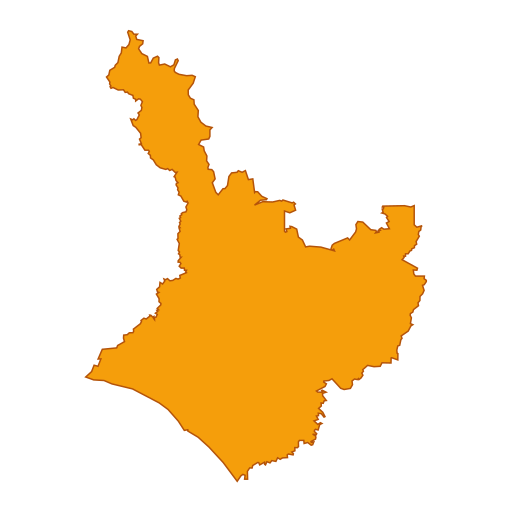 outline of Whanganui District, Manawatu-Wanganui, New Zealand
{"feature_id": "76426892B60533113586032", "entity_name": "Whanganui District", "entity_type": "district", "adm_level": 2, "iso_a3": "NZL", "parent_name": "New Zealand", "parent_adm1": "Manawatu-Wanganui", "projection": "robinson", "projection_center": [175.119, -39.636], "detail": "fine", "context": "isolated", "style": "filled", "palette": "amber", "viewbox_px": 512, "rotation_deg": 0, "n_neighbors": 0, "source": "geoboundaries", "source_scale": "gbopen_adm2", "svg_char_len": 6060}
<svg xmlns="http://www.w3.org/2000/svg" viewBox="0 0 512 512"><path d="M135.8,127.3L140.6,133.3L141.1,137.7L139.5,139.1L141.4,143.7L139.1,144.2L139.2,144.8L141.2,144.6L144.9,150.2L148.4,150.2L149.3,151.4L148.2,153.5L150.4,155.4L150.5,157.9L153.3,159.9L156.3,164.8L160.2,167.8L165.8,169.4L167.7,168.6L169.7,170.5L172.1,169.4L175.3,172.5L177.0,172.2L174.1,176.7L175.2,177.2L176.0,180.5L178.0,182.7L176.4,183.4L176.1,184.9L178.0,187.9L177.6,189.7L179.1,192.2L178.3,194.8L180.8,196.0L183.8,201.2L186.4,202.1L187.1,201.3L188.1,203.0L185.9,207.0L186.8,209.7L186.0,211.8L182.6,212.6L181.3,213.7L181.7,214.8L179.9,216.0L180.6,217.6L179.3,218.3L180.8,221.2L179.5,222.5L180.2,224.0L178.9,226.4L180.0,227.7L179.0,227.9L180.1,231.4L177.9,233.7L178.0,238.6L177.1,239.3L179.3,243.5L178.2,250.5L179.5,252.0L178.5,253.8L179.8,254.7L180.2,257.4L181.1,257.3L178.2,260.7L178.1,262.1L180.1,262.3L180.9,263.6L179.2,266.2L181.1,268.1L184.3,268.1L184.5,270.3L186.5,270.3L185.7,272.0L186.4,272.7L179.8,275.4L180.3,278.0L178.1,279.1L175.9,278.4L172.8,280.4L169.9,280.8L167.5,278.6L165.5,279.7L164.0,279.0L164.7,281.1L162.6,284.0L160.0,282.4L159.6,286.8L156.7,289.4L157.5,291.9L158.9,292.4L156.4,294.1L159.1,298.7L159.0,301.7L160.9,303.4L160.8,304.9L157.2,308.4L158.6,309.8L156.8,310.3L157.7,311.5L155.4,313.2L157.3,314.4L156.0,317.2L154.4,317.2L154.5,319.6L153.5,318.3L153.7,316.6L152.9,317.2L150.8,315.2L149.7,315.1L150.0,316.0L146.2,319.0L143.9,318.2L141.0,320.5L141.5,321.6L140.3,323.8L133.4,329.1L133.7,331.3L132.9,332.7L129.3,332.8L127.2,334.7L123.7,335.1L123.5,338.2L124.5,341.6L117.6,345.5L116.7,347.9L102.3,349.3L98.1,359.0L100.9,358.9L98.0,366.3L94.1,365.2L91.6,371.6L85.7,377.0L93.7,379.9L104.0,380.5L111.9,383.9L132.5,388.9L159.2,402.9L168.1,409.5L178.3,421.1L184.3,430.4L188.4,429.6L187.5,430.3L187.9,431.1L198.1,437.2L209.0,447.1L223.2,462.5L237.2,481.3L240.9,475.8L242.9,474.4L245.1,475.3L244.6,479.2L247.6,479.2L247.4,471.3L249.7,467.9L252.1,468.0L252.7,465.5L257.7,462.5L258.7,462.6L259.7,464.9L264.5,462.2L264.6,464.3L265.5,464.9L266.9,461.7L270.0,462.9L271.8,460.6L275.9,461.4L277.6,457.8L280.2,459.3L282.5,457.9L287.5,457.6L287.2,454.9L288.4,454.0L293.1,454.9L293.4,453.8L291.8,452.0L294.9,450.8L294.8,447.6L297.3,447.7L298.5,446.6L298.4,441.9L299.4,440.4L303.8,440.4L304.1,443.5L307.7,442.5L311.2,445.2L312.7,444.7L313.8,441.9L311.3,442.4L311.0,441.5L315.5,439.1L315.9,437.4L315.5,435.9L312.6,434.1L316.2,434.7L316.7,433.7L314.4,431.5L314.5,430.3L315.5,429.3L318.1,430.0L319.7,424.6L321.9,423.5L320.4,422.7L317.8,424.4L314.0,420.9L318.2,419.4L316.4,416.0L318.5,415.6L318.3,413.2L321.3,413.7L324.0,417.1L325.0,416.6L322.8,412.3L318.6,408.4L321.3,406.0L321.1,403.0L323.2,403.3L324.2,400.8L326.3,400.5L322.7,395.8L322.5,393.4L326.1,392.2L322.2,390.2L321.6,390.6L322.4,391.7L321.6,392.2L317.7,392.1L316.4,391.0L325.0,386.5L326.4,383.8L323.7,382.1L323.9,381.0L328.9,380.5L332.0,378.8L340.7,388.3L344.1,389.5L350.4,388.4L352.5,384.7L352.0,381.0L354.5,379.0L357.4,379.6L358.4,378.6L358.9,379.6L361.0,378.0L362.9,375.2L361.8,373.1L363.4,371.3L362.8,369.6L367.6,365.4L374.0,366.7L380.2,366.3L382.0,362.8L391.0,363.0L391.1,358.0L391.7,357.7L397.8,359.9L397.9,353.6L397.1,353.2L396.8,350.1L397.8,345.9L399.7,345.3L400.9,339.6L402.0,338.4L401.2,335.9L408.2,331.1L410.9,325.9L412.8,324.7L410.4,323.6L411.4,317.8L410.1,315.2L410.4,313.6L412.8,312.1L413.5,309.6L418.5,305.7L418.0,302.8L419.9,300.5L420.0,296.4L422.6,293.8L424.1,290.4L422.5,285.3L424.2,284.7L426.3,281.6L426.3,280.3L424.1,278.7L424.4,276.1L415.4,276.1L413.8,273.9L413.3,270.0L416.9,270.2L417.5,268.2L402.1,259.7L404.1,257.5L403.7,256.1L405.5,256.2L405.5,253.8L408.1,253.8L410.0,250.9L411.5,250.4L411.8,248.8L414.4,247.7L414.5,245.6L416.7,244.2L416.1,241.6L419.3,236.2L418.3,234.5L418.8,231.5L420.7,230.0L421.1,226.6L422.1,225.7L416.8,227.2L414.2,224.8L414.2,205.6L410.8,207.0L404.5,205.7L382.8,206.1L382.3,207.0L383.7,207.4L383.3,208.9L382.2,209.1L383.1,212.3L381.9,213.0L384.9,213.9L387.6,216.3L386.5,217.5L389.1,221.5L386.4,223.0L389.4,228.7L383.9,229.2L381.6,227.7L379.3,229.3L380.2,230.3L378.2,230.5L377.9,231.6L379.0,231.2L379.0,232.2L375.5,232.9L376.4,231.6L375.9,230.4L370.8,229.7L362.8,222.1L357.9,221.5L355.9,224.6L356.5,228.9L355.6,232.0L349.6,240.0L347.6,237.9L334.4,243.4L332.2,245.2L330.9,249.2L332.2,250.2L333.7,249.1L334.5,250.9L320.9,247.1L309.6,246.2L305.6,246.9L302.4,240.0L298.4,237.1L296.7,229.1L291.8,226.6L290.0,226.3L290.4,228.3L286.1,228.9L286.9,231.6L285.4,232.2L284.5,231.2L284.5,211.0L289.8,212.8L295.6,210.2L294.0,204.9L295.4,203.9L293.6,202.2L292.2,202.9L282.9,200.0L281.7,201.1L279.7,200.4L272.6,202.0L262.8,201.7L254.5,205.1L260.5,200.2L266.4,199.7L267.0,198.7L261.8,196.3L257.7,191.8L255.4,191.6L254.6,192.5L252.8,178.9L248.4,179.6L245.4,170.6L242.1,172.3L238.3,170.7L237.0,172.3L231.6,172.9L228.9,176.5L227.5,185.5L225.0,188.6L223.0,188.7L218.2,194.8L215.8,192.3L212.3,182.7L215.1,178.9L213.6,171.7L211.8,169.6L208.2,169.3L207.9,167.4L209.0,164.4L206.6,160.9L206.9,156.0L204.2,150.8L203.6,147.0L198.6,144.5L201.1,140.1L208.7,139.0L209.9,136.4L209.9,129.9L212.1,127.5L205.8,126.0L200.9,122.2L197.9,116.8L198.3,110.5L194.2,104.2L193.9,99.8L190.4,98.2L188.3,94.8L188.2,90.0L193.2,83.2L195.3,76.7L192.1,75.3L186.6,75.7L179.0,74.3L175.3,72.4L174.2,70.9L174.4,68.5L178.2,60.7L177.4,59.0L175.4,59.9L173.9,64.8L170.4,66.8L164.7,64.0L159.4,65.1L158.6,62.9L158.9,57.6L157.5,56.2L153.3,58.1L150.7,62.9L148.9,63.0L147.4,56.4L141.8,53.6L138.6,48.8L139.5,46.4L142.7,43.8L143.1,40.7L136.7,39.4L135.7,36.0L137.4,34.2L133.9,34.2L131.8,31.5L128.6,30.7L127.7,32.2L130.2,39.9L128.9,44.6L126.0,47.9L122.0,47.1L121.3,52.9L119.2,56.3L117.9,62.6L115.2,65.3L114.7,67.3L109.8,70.3L108.8,75.0L106.5,77.0L109.9,82.1L109.6,83.9L110.9,86.0L110.1,86.7L111.0,88.3L113.0,87.5L118.2,90.0L123.5,89.8L125.2,92.4L127.5,92.1L128.6,93.7L132.9,95.4L133.4,98.2L135.7,99.3L135.7,101.0L138.6,98.8L140.4,99.2L142.4,101.7L140.9,105.4L141.9,107.5L141.3,110.4L138.0,113.0L139.3,114.9L136.9,119.6L135.6,120.4L133.9,118.8L132.7,119.8L130.7,119.0L133.2,125.6L135.8,127.3Z" fill="#f59e0b" stroke="#b45309" stroke-width="1.5"/></svg>